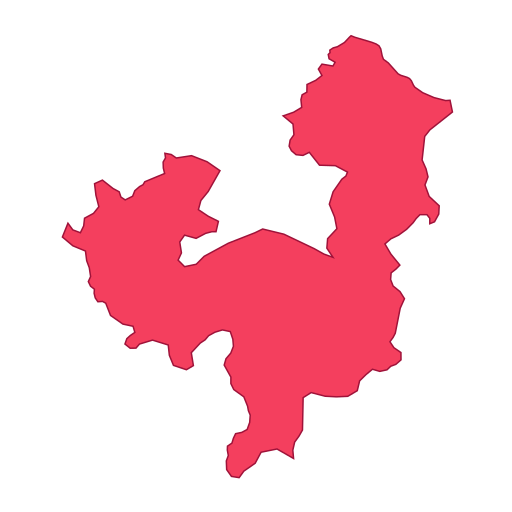 outline of Sofia, rotated 91°
{"feature_id": "BGR-2244", "entity_name": "Sofia", "entity_type": "Province", "adm_level": 1, "iso_a3": "BGR", "parent_name": "Bulgaria", "parent_adm1": "", "projection": "orthographic", "projection_center": [23.554, 42.64], "detail": "fine", "context": "isolated", "style": "filled", "palette": "rose", "viewbox_px": 512, "rotation_deg": 91, "n_neighbors": 0, "source": "natural_earth", "source_scale": "10m", "svg_char_len": 2917}
<svg xmlns="http://www.w3.org/2000/svg" viewBox="0 0 512 512"><g transform="rotate(91 256 256)"><path d="M34.1,164.8L35.6,160.9L40.3,144.0L41.9,139.6L43.7,136.7L46.7,134.9L53.8,133.3L57.1,132.0L57.2,131.9L60.6,127.1L71.4,117.1L72.8,114.4L74.7,108.0L75.9,105.6L78.1,103.7L82.4,101.6L84.5,100.1L89.8,92.2L94.5,80.8L97.3,69.1L96.9,64.7L108.6,62.1L126.8,84.3L133.5,89.4L157.1,91.6L165.9,87.5L173.9,85.4L182.0,88.3L193.4,83.9L202.6,73.7L210.9,74.0L218.7,78.1L220.7,82.8L215.3,82.9L211.7,85.8L211.8,92.8L215.7,96.5L220.0,99.5L226.7,105.9L232.6,113.7L236.5,121.5L241.7,127.3L251.7,121.2L262.6,112.0L266.6,115.8L270.5,120.6L277.2,121.0L283.6,118.4L289.1,111.4L296.1,106.8L305.7,110.9L330.8,115.4L335.0,117.5L339.4,120.6L345.3,116.5L350.0,109.4L357.3,109.2L361.9,114.3L363.9,119.4L367.5,123.0L369.2,130.2L367.2,137.6L372.6,143.9L379.0,150.2L388.9,152.4L394.7,161.8L395.4,173.1L395.0,184.4L391.6,198.5L396.8,206.4L429.2,206.5L435.4,209.9L441.4,214.1L449.5,215.8L457.8,214.9L448.6,231.6L452.1,247.5L463.2,253.2L471.3,264.4L477.9,269.0L476.8,276.7L470.1,281.6L461.4,282.1L456.0,280.2L450.5,281.3L446.6,281.2L443.5,276.8L438.6,275.4L434.0,273.3L432.6,267.1L429.6,261.8L422.5,259.4L415.2,259.0L410.8,260.9L406.3,261.8L397.0,265.7L389.9,275.9L384.0,278.9L377.5,279.0L365.6,285.9L359.2,284.2L353.5,279.5L346.7,277.0L339.6,277.7L332.0,280.4L330.5,288.3L332.9,295.7L336.5,302.0L340.7,305.4L344.0,310.2L353.8,319.0L366.7,316.7L370.9,323.6L366.8,336.6L356.8,340.9L346.5,342.2L341.9,358.0L346.1,371.0L350.2,374.4L350.4,380.2L346.3,385.5L340.9,383.7L337.6,380.2L334.5,375.8L328.4,377.7L326.4,387.9L318.0,400.4L305.8,405.4L304.1,408.6L304.5,413.3L300.7,416.0L296.1,417.2L292.0,417.0L289.1,420.9L284.5,423.2L279.4,421.0L270.6,422.5L263.7,425.2L254.0,426.6L249.0,439.3L240.4,449.9L226.5,444.6L233.1,439.6L235.8,432.0L228.9,428.8L221.2,428.1L216.2,419.2L209.5,414.0L198.1,417.1L186.5,418.7L182.8,410.9L191.0,400.1L194.2,393.9L199.4,392.1L202.2,387.8L198.4,380.4L192.8,378.3L188.6,373.6L186.7,370.2L183.7,368.5L175.1,348.8L169.7,350.2L163.7,350.5L159.5,348.2L154.9,348.9L156.0,342.5L159.4,337.4L156.8,322.2L162.6,306.6L171.3,293.5L192.3,304.9L201.5,312.1L210.7,314.4L217.1,304.4L222.0,294.2L232.4,296.4L232.5,300.6L234.2,306.7L239.4,316.2L236.4,327.8L243.3,332.5L254.2,330.6L261.5,333.8L267.9,327.2L265.3,315.6L257.2,307.8L243.7,283.9L232.8,257.5L228.9,249.8L233.7,228.5L247.6,198.0L252.9,188.1L256.0,179.0L246.9,185.3L237.4,184.7L227.3,175.6L215.6,178.1L202.9,183.6L190.4,180.0L177.7,171.5L174.5,167.5L170.5,166.0L164.3,178.2L164.1,194.1L151.4,204.5L154.6,210.8L154.0,217.7L150.1,222.4L145.6,224.8L139.5,223.9L134.1,220.2L123.4,221.3L115.4,231.3L111.6,220.9L106.6,212.9L98.9,213.8L94.0,212.7L91.3,208.0L83.6,208.0L79.3,199.3L74.4,193.2L68.0,196.9L63.0,193.4L64.7,182.4L60.9,180.3L57.5,186.4L53.2,187.3L51.4,185.5L48.9,185.8L46.6,182.5L45.3,178.2L41.0,171.3L35.4,166.2L34.1,164.8Z" fill="#f43f5e" stroke="#9f1239" stroke-width="1.5"/></g></svg>